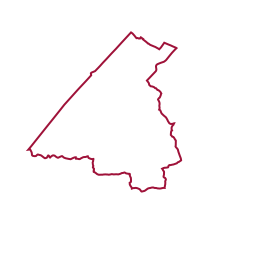 the district of Straja, Suceava, Romania, rotated 318°
{"feature_id": "2599482B93215952013067", "entity_name": "Straja", "entity_type": "district", "adm_level": 2, "iso_a3": "ROU", "parent_name": "Romania", "parent_adm1": "Suceava", "projection": "orthographic", "projection_center": [25.518, 47.9], "detail": "fine", "context": "isolated", "style": "outline", "palette": "rose", "viewbox_px": 256, "rotation_deg": 318, "n_neighbors": 0, "source": "geoboundaries", "source_scale": "gbopen_adm2", "svg_char_len": 5692}
<svg xmlns="http://www.w3.org/2000/svg" viewBox="0 0 256 256"><g transform="rotate(318 128 128)"><path d="M214.1,93.4L212.0,88.9L209.5,89.5L206.3,90.2L203.9,90.4L203.6,89.2L202.9,87.2L202.6,86.2L201.9,84.8L200.1,81.0L199.7,78.9L199.4,78.7L199.3,77.5L199.1,75.9L198.4,72.0L198.8,71.9L198.2,69.2L196.7,69.5L196.2,68.8L195.9,68.7L195.7,68.3L195.3,67.5L194.4,66.9L194.6,63.3L194.6,60.7L194.2,59.0L180.0,60.3L172.2,61.1L165.4,61.6L159.3,62.2L158.3,62.3L153.1,62.7L148.5,63.2L141.6,63.7L137.9,62.4L137.0,62.5L135.9,64.2L127.8,65.0L119.4,65.7L116.1,66.0L113.3,66.3L102.9,67.4L96.2,68.1L89.2,69.3L77.7,71.2L69.6,72.5L43.7,76.8L39.4,77.4L40.0,77.8L40.7,78.3L40.9,78.5L40.8,79.0L40.6,79.8L40.3,80.9L40.0,81.8L39.2,83.0L38.6,83.8L38.5,84.4L38.6,84.9L38.8,85.2L39.5,86.2L40.2,86.8L40.8,87.2L41.2,87.2L42.7,87.2L42.9,87.2L43.3,87.4L44.1,88.7L44.7,89.5L45.0,90.1L45.2,90.7L45.3,91.4L45.8,94.1L46.1,94.9L46.9,95.4L47.5,95.6L47.9,95.7L48.1,95.6L48.5,95.6L48.9,95.4L49.7,95.1L50.2,95.0L50.5,95.2L50.6,95.6L50.5,96.3L50.2,97.4L50.2,97.6L50.3,97.8L50.9,97.7L51.5,97.7L51.9,97.8L52.7,97.8L53.8,98.1L54.5,98.7L55.0,99.5L55.1,100.2L55.3,101.4L55.8,102.9L56.5,103.5L57.5,103.7L59.8,104.5L60.3,105.0L60.4,105.9L60.5,106.9L61.0,108.0L61.5,108.9L63.4,111.5L64.5,112.8L65.5,113.1L67.0,113.5L68.6,114.1L69.6,114.8L68.8,116.0L69.0,116.2L69.7,116.8L70.6,118.1L71.3,118.8L71.6,118.9L72.5,119.0L73.6,119.3L75.1,119.7L75.8,120.1L76.4,120.6L76.9,121.0L77.2,121.2L77.5,121.4L78.0,121.5L78.6,121.8L79.2,122.1L79.0,122.6L78.9,123.0L78.8,123.6L78.7,123.9L78.8,124.1L79.2,125.1L79.6,125.8L79.7,126.0L80.1,126.7L80.5,127.0L81.0,127.5L81.5,127.7L81.6,127.8L81.5,128.0L80.8,128.5L80.4,128.8L80.0,129.2L79.6,129.5L78.8,129.9L78.4,130.3L78.1,130.8L77.5,131.6L77.3,131.9L77.2,132.1L77.0,132.5L76.9,132.9L76.7,133.0L76.4,133.3L76.0,133.4L75.7,133.6L75.5,133.9L75.5,134.6L75.5,135.4L75.4,135.5L75.2,135.5L74.9,136.1L74.7,136.3L74.3,136.5L74.2,136.5L74.0,137.1L73.8,137.3L73.4,137.4L73.2,137.5L73.2,137.9L73.4,138.1L73.7,138.9L73.9,139.8L74.1,140.9L74.2,141.6L74.5,142.2L74.8,142.9L75.2,143.4L75.7,143.8L76.9,144.8L77.5,145.4L79.0,146.4L80.2,147.4L81.1,148.3L81.8,149.0L82.1,149.4L82.5,149.9L83.8,150.7L84.9,151.3L85.6,152.0L86.3,152.9L87.7,154.0L88.4,154.6L89.9,156.1L91.4,156.8L92.6,157.2L93.1,157.3L93.5,157.5L93.8,157.8L94.7,158.3L95.0,158.4L95.4,158.6L95.7,158.8L95.8,159.0L96.0,159.7L96.2,160.4L97.1,161.6L97.5,162.0L97.7,162.4L98.2,162.9L98.4,163.0L98.5,163.1L98.5,163.3L98.5,163.6L97.7,164.2L97.6,164.6L97.4,164.9L96.8,166.7L96.8,166.9L96.6,167.2L96.1,167.8L95.5,168.6L95.1,169.0L94.7,169.5L94.2,169.9L94.0,170.0L93.7,170.0L92.6,169.8L91.9,170.7L91.6,171.1L91.4,171.6L91.2,172.3L90.8,174.9L90.6,175.2L90.3,175.6L90.5,175.7L90.8,175.8L91.3,175.9L91.7,176.2L92.3,176.7L92.7,177.0L93.3,177.4L93.8,177.8L94.1,178.2L94.6,178.9L94.8,179.3L95.5,180.8L95.6,181.2L95.7,181.7L95.6,182.7L95.5,184.0L95.6,184.3L96.3,184.8L96.7,185.0L97.3,185.3L98.0,185.7L98.3,185.8L98.8,185.9L99.4,186.0L100.7,186.1L101.4,186.2L101.9,186.2L102.5,186.4L103.0,186.6L103.9,187.1L104.6,187.6L105.4,187.9L106.2,188.5L106.8,188.9L106.9,189.1L107.9,190.7L108.6,191.2L108.9,191.6L109.5,192.6L110.1,193.2L110.6,193.8L111.8,194.8L113.1,195.5L113.6,195.8L114.2,196.2L114.7,196.6L115.1,197.0L115.2,196.8L116.3,196.1L116.8,195.6L117.1,195.4L118.2,194.6L118.9,193.8L119.4,193.3L119.9,192.6L120.3,192.3L120.6,192.2L121.2,191.9L121.6,191.7L121.8,191.3L122.1,190.7L122.1,189.8L121.9,189.5L121.9,189.2L121.7,188.8L121.7,188.5L121.7,188.2L121.9,187.9L122.1,187.7L122.5,187.4L123.3,186.9L123.7,186.6L123.9,186.3L124.3,185.9L124.5,185.7L124.8,185.4L125.2,185.0L125.4,184.7L125.6,184.4L125.6,184.2L125.7,183.6L125.7,183.0L125.8,182.8L126.0,182.3L126.1,181.1L127.1,181.4L127.3,181.5L127.6,181.5L128.1,181.8L128.3,181.9L128.6,182.1L128.9,182.2L129.1,182.4L129.5,182.8L129.8,183.0L130.9,183.7L131.5,184.0L131.8,183.9L132.5,183.4L133.0,183.2L133.5,183.2L134.0,183.3L134.5,183.8L135.3,184.3L136.4,184.9L137.5,185.6L138.1,185.8L138.8,186.1L139.5,186.4L140.7,186.9L140.9,186.9L141.5,186.8L142.4,186.9L142.6,187.0L142.9,187.2L145.8,187.6L146.4,186.8L147.0,185.7L148.0,183.1L149.5,179.5L150.7,177.2L150.7,176.8L150.8,175.6L150.8,174.4L150.9,173.7L151.0,173.5L151.3,173.3L151.9,172.8L152.4,172.3L153.4,171.2L154.9,169.6L155.2,169.2L155.2,168.8L155.2,168.1L155.4,167.5L155.5,166.8L155.7,166.1L155.7,165.7L155.7,165.0L155.4,164.5L155.1,164.1L155.1,163.7L155.2,163.1L155.2,162.4L155.2,161.8L155.4,161.6L156.2,160.8L157.4,159.7L157.8,159.5L158.5,159.1L159.1,159.3L159.6,158.0L160.9,156.7L162.2,156.2L163.0,156.0L163.9,156.0L164.3,155.7L165.2,155.5L165.4,155.4L165.1,155.2L164.5,155.0L163.4,154.4L162.4,153.5L162.2,153.0L161.9,152.1L162.0,151.6L162.2,150.3L162.3,149.6L162.8,148.1L163.2,146.2L163.3,145.2L163.2,144.7L162.9,142.5L162.8,140.9L162.7,139.9L162.8,139.4L162.9,139.0L163.3,137.9L163.8,136.5L163.8,136.2L163.4,135.2L163.8,135.0L164.6,134.5L165.1,134.0L165.5,133.4L165.9,132.8L166.5,132.1L167.1,131.7L167.7,131.1L168.3,130.3L168.9,129.0L169.1,127.9L169.4,126.9L169.6,126.8L170.9,126.5L171.7,126.6L172.0,126.6L174.2,125.6L175.3,124.8L175.8,124.7L176.2,123.1L176.2,122.1L176.1,121.2L175.9,120.2L175.4,119.5L175.3,119.2L175.4,118.8L175.4,117.9L175.4,117.2L175.1,116.9L174.8,116.5L174.8,115.9L174.7,115.2L174.5,114.6L173.7,113.2L173.0,112.4L172.7,112.0L172.8,111.3L172.6,110.3L172.8,109.8L173.2,109.2L173.5,108.6L173.7,107.2L173.8,105.4L186.7,104.4L186.9,104.3L187.4,104.1L187.9,103.8L188.4,103.3L189.8,101.2L190.3,100.7L190.9,100.4L191.5,100.2L191.8,100.2L192.6,100.3L194.1,100.8L196.0,101.5L199.0,102.8L200.7,103.0L201.9,103.0L206.8,102.2L210.7,101.6L212.7,101.4L215.3,101.2L217.5,101.1L217.4,100.6L215.8,97.1L215.0,95.2L214.1,93.4Z" fill="none" stroke="#9f1239" stroke-width="2"/></g></svg>